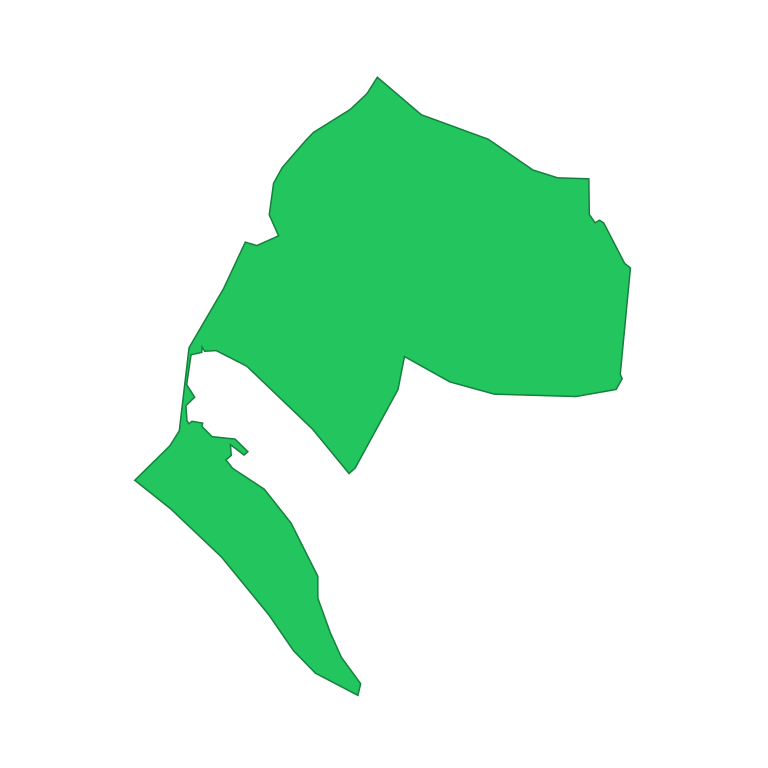 Donaghmede Lea-5, Dublin, Ireland, rotated 82°
{"feature_id": "5873133B22285144111595", "entity_name": "Donaghmede Lea-5", "entity_type": "district", "adm_level": 2, "iso_a3": "IRL", "parent_name": "Ireland", "parent_adm1": "Dublin", "projection": "orthographic", "projection_center": [-6.157, 53.388], "detail": "fine", "context": "isolated", "style": "filled", "palette": "green", "viewbox_px": 768, "rotation_deg": 82, "n_neighbors": 0, "source": "geoboundaries", "source_scale": "gbopen_adm2", "svg_char_len": 1056}
<svg xmlns="http://www.w3.org/2000/svg" viewBox="0 0 768 768"><g transform="rotate(82 384 384)"><path d="M132.5,428.3L155.4,454.6L169.8,465.4L200.5,474.1L222.6,467.8L229.2,490.7L224.2,501.6L267.2,529.6L320.9,572.0L402.0,593.3L415.6,604.9L444.7,644.2L478.0,612.6L532.9,568.9L596.9,530.0L635.6,510.7L660.9,492.1L688.7,453.2L677.6,448.8L648.6,464.3L623.2,471.7L587.1,479.3L565.2,476.3L509.0,495.3L471.5,517.2L446.6,545.5L437.1,551.1L433.5,545.2L422.7,544.5L434.9,532.5L432.1,528.2L417.8,539.2L412.2,561.6L400.7,570.2L397.5,569.0L394.2,579.4L396.2,582.8L392.7,584.2L377.9,583.2L370.7,573.3L357.2,579.5L328.2,571.0L327.3,560.1L322.1,559.0L326.6,557.1L327.6,545.5L347.3,517.4L418.7,461.1L467.8,431.1L463.3,424.3L391.4,370.9L359.7,359.9L391.1,318.5L409.4,276.2L423.1,195.8L421.7,154.9L411.9,147.4L407.2,148.7L303.4,123.8L298.1,128.9L255.1,144.0L251.8,147.8L253.7,152.5L244.7,157.1L209.3,152.6L204.0,183.4L192.8,206.8L156.2,246.6L122.6,309.5L79.3,347.9L94.1,360.5L107.4,379.2L125.0,418.8L132.5,428.3Z" fill="#22c55e" stroke="#15803d" stroke-width="1.5"/></g></svg>